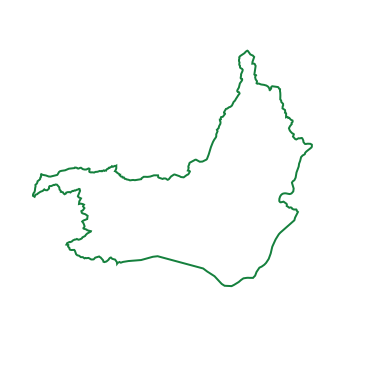 the district of Phoukhoune, Louangphrabang, Laos, rotated 233°
{"feature_id": "54806243B44028844681141", "entity_name": "Phoukhoune", "entity_type": "district", "adm_level": 2, "iso_a3": "LAO", "parent_name": "Laos", "parent_adm1": "Louangphrabang", "projection": "equal_earth", "projection_center": [102.694, 19.508], "detail": "fine", "context": "isolated", "style": "outline", "palette": "green", "viewbox_px": 384, "rotation_deg": 233, "n_neighbors": 0, "source": "geoboundaries", "source_scale": "gbopen_adm2", "svg_char_len": 5995}
<svg xmlns="http://www.w3.org/2000/svg" viewBox="0 0 384 384"><g transform="rotate(233 192 192)"><path d="M157.7,316.2L159.3,315.5L161.2,313.1L161.8,311.8L162.6,311.1L164.9,311.1L166.2,311.9L168.6,312.4L169.3,311.9L169.9,310.5L170.8,309.4L171.2,306.9L172.1,306.3L175.5,306.0L176.7,308.0L177.2,308.1L178.5,307.4L180.6,307.1L182.3,307.1L184.6,307.8L185.6,309.9L186.2,312.5L187.1,312.9L187.3,313.3L187.3,314.0L187.6,314.7L188.6,315.3L190.4,314.4L192.7,314.3L193.2,313.4L194.2,313.6L194.8,313.1L195.1,312.1L198.0,314.4L198.5,314.5L199.4,314.0L200.3,315.0L201.6,315.6L204.3,314.6L205.9,316.0L206.1,316.7L207.6,317.8L210.2,317.5L211.5,318.3L212.8,318.2L216.1,320.8L218.1,322.2L219.8,323.1L221.1,324.2L222.3,323.7L223.2,324.0L224.1,323.8L228.2,319.7L228.2,318.7L227.9,318.1L227.1,317.6L226.7,316.6L226.5,315.5L226.9,315.4L227.6,316.0L230.2,316.2L232.2,315.5L234.2,314.0L236.3,311.9L238.4,310.6L239.1,309.4L239.9,309.0L241.4,310.6L243.6,310.6L245.7,311.5L246.5,312.6L246.7,313.4L246.9,313.4L247.5,312.6L248.3,312.5L254.4,318.7L256.6,319.1L257.4,318.6L258.2,317.4L259.5,318.6L262.4,322.9L264.4,322.7L266.7,321.4L271.0,321.5L271.6,321.2L271.7,319.4L271.3,317.4L271.6,312.4L271.2,310.8L270.4,310.5L269.4,309.2L268.4,308.4L266.7,307.8L265.8,306.8L265.1,306.3L264.0,306.3L262.9,305.5L261.9,305.3L260.1,306.1L259.0,306.0L258.2,305.1L256.5,302.0L255.8,301.6L253.8,299.5L253.1,299.3L252.3,300.0L251.9,299.9L251.3,299.5L250.8,298.5L249.9,295.6L247.2,292.3L246.2,289.9L245.5,288.9L244.3,288.8L243.7,289.4L243.1,289.6L242.1,289.3L241.9,289.0L241.5,287.4L239.9,283.1L239.1,281.3L238.9,279.5L237.0,275.9L236.9,274.0L237.4,272.5L237.4,270.4L237.9,269.1L236.4,265.5L235.9,265.2L234.9,265.6L234.5,265.4L233.6,262.2L233.6,261.7L234.3,260.3L233.6,259.3L232.6,258.8L232.6,258.0L232.9,257.7L232.1,257.2L230.7,256.9L229.4,255.7L228.2,253.1L227.0,251.8L227.0,250.6L226.5,250.1L226.6,249.3L225.1,248.9L223.5,246.1L221.9,244.9L221.3,244.0L220.4,241.2L219.3,238.8L216.5,234.2L211.9,227.9L209.4,223.9L209.2,223.0L210.0,218.7L211.5,216.4L215.3,214.7L215.8,214.0L216.7,208.1L216.5,207.1L215.8,206.5L214.8,204.7L214.2,204.1L213.5,204.0L212.0,202.4L211.6,201.6L210.2,202.7L209.6,202.6L208.5,200.2L208.4,199.2L208.7,198.0L208.7,194.2L210.6,192.2L212.2,191.5L216.4,188.7L216.8,187.9L217.0,184.5L216.2,181.4L216.2,180.5L216.5,179.8L218.6,179.1L219.8,177.7L220.1,176.4L223.5,174.1L224.1,173.9L225.7,174.9L228.2,171.7L229.5,167.9L230.7,165.8L233.2,162.6L233.3,160.0L232.8,159.2L235.8,153.5L237.1,152.2L238.6,149.5L239.8,148.8L241.5,147.3L242.3,147.0L243.1,146.2L244.5,146.4L245.3,145.3L246.1,145.6L247.1,144.6L248.8,144.4L249.1,144.9L249.5,144.4L250.3,144.6L252.3,143.8L253.1,143.8L253.5,143.5L254.6,143.5L255.0,143.1L255.8,144.8L256.5,145.8L258.5,147.3L258.5,146.9L259.2,146.3L259.8,143.9L260.8,143.6L260.6,142.6L261.0,141.4L260.8,140.6L261.4,140.1L261.1,138.9L261.4,138.2L261.2,136.8L260.8,136.3L261.4,135.7L261.6,134.8L262.2,134.7L262.5,134.3L262.6,132.9L263.2,132.5L263.2,132.0L264.3,131.0L265.0,128.8L266.2,126.9L266.4,125.6L268.0,123.9L268.4,123.1L269.6,122.2L270.4,122.4L272.0,124.1L272.9,123.8L273.1,123.4L273.6,121.1L274.5,119.8L275.9,118.6L278.2,117.9L278.6,117.2L279.0,115.5L279.8,114.7L280.3,114.7L281.1,114.2L282.0,113.2L281.8,112.6L284.7,107.7L285.7,103.7L287.4,100.6L288.0,99.1L288.0,97.8L286.8,95.0L286.8,94.5L289.5,88.2L290.6,86.9L293.1,85.3L296.2,82.5L296.8,82.5L297.3,83.2L296.8,82.0L296.4,82.0L295.5,80.7L295.0,80.6L294.5,79.1L293.8,78.6L293.6,77.8L293.5,75.1L292.6,74.1L292.1,73.1L291.9,71.2L290.7,70.5L289.6,69.2L287.7,67.4L286.8,66.2L286.4,64.8L285.7,63.6L284.7,62.7L282.9,63.4L284.0,65.4L283.4,67.2L283.6,68.0L283.4,71.1L282.7,73.4L283.0,75.6L281.9,75.9L281.4,76.4L280.6,77.3L280.6,78.4L280.8,79.9L282.0,80.8L282.4,81.8L281.4,83.3L280.9,85.8L280.3,86.4L280.2,87.4L279.2,88.5L278.7,88.6L275.7,88.8L273.6,87.7L272.0,87.9L271.1,87.3L269.6,88.7L268.0,88.6L266.9,88.9L266.7,90.4L267.2,91.1L266.8,92.4L265.7,94.1L264.8,94.6L264.9,95.7L264.7,97.3L264.1,98.0L264.0,99.1L263.4,99.7L263.0,101.7L262.6,102.2L262.5,103.6L262.0,104.0L260.3,103.3L257.3,98.3L256.0,98.3L253.7,99.5L252.4,96.4L250.4,94.5L249.7,96.1L248.1,97.5L246.9,98.1L246.6,97.1L246.1,96.3L243.9,96.4L243.1,94.0L243.3,92.1L241.8,91.5L240.9,91.7L238.5,93.4L235.8,94.3L233.5,92.0L234.5,88.3L234.6,87.2L234.5,86.5L232.2,86.5L229.3,85.6L228.7,84.6L228.5,83.5L228.0,83.4L225.4,85.2L224.5,85.3L221.5,87.7L221.3,87.4L221.9,83.4L221.7,81.6L221.2,80.1L221.7,77.2L221.3,76.3L221.3,75.6L221.7,73.7L222.3,72.5L223.8,71.8L224.0,70.5L224.6,69.7L225.0,67.6L224.8,66.2L225.3,64.5L225.8,64.1L226.3,61.5L226.2,61.3L225.9,61.4L225.5,60.1L224.1,61.3L223.0,60.2L221.0,60.4L220.6,60.0L219.5,59.8L218.4,60.6L216.6,63.1L215.5,63.1L212.0,62.0L210.5,62.3L209.0,63.5L206.9,64.0L205.7,65.6L203.7,66.2L203.4,67.3L202.8,67.7L201.6,69.7L198.8,70.9L197.7,72.3L197.4,73.1L197.8,75.2L196.4,79.0L195.7,79.1L194.8,79.6L190.9,79.9L189.6,79.3L188.7,79.9L188.0,81.9L188.1,84.4L188.7,86.2L188.7,87.2L188.5,87.8L186.6,88.1L184.3,89.9L181.2,89.8L179.8,89.0L180.1,89.9L179.7,92.0L178.4,92.6L177.7,94.8L175.1,99.7L168.3,110.4L163.8,121.8L161.4,125.9L124.2,154.9L119.3,156.3L111.2,159.3L100.7,160.4L97.5,161.6L93.0,167.0L92.5,169.9L92.0,175.1L92.2,178.4L92.1,181.1L90.3,184.4L86.7,189.0L87.2,192.1L89.3,195.4L91.0,200.3L90.5,202.7L90.4,206.0L90.8,208.5L92.4,213.0L95.5,217.8L100.0,223.2L103.8,230.2L106.0,235.9L106.4,238.1L107.8,256.7L109.5,258.9L112.3,264.6L113.9,264.4L115.0,264.8L115.4,264.7L116.1,263.6L117.1,262.5L118.5,261.9L119.4,262.1L120.0,261.8L120.5,261.3L120.8,260.3L121.1,260.1L122.7,259.7L123.8,259.2L124.9,260.2L125.7,260.4L129.2,259.3L130.3,256.7L130.8,256.3L131.6,256.2L132.3,256.3L134.0,257.7L135.4,259.7L136.0,261.4L136.1,262.6L135.9,263.8L135.3,265.0L134.5,266.1L131.7,268.6L131.2,269.6L131.0,270.7L131.5,273.2L133.6,275.3L139.3,277.4L139.9,278.9L139.8,280.8L141.1,283.4L144.7,287.2L148.1,292.5L150.2,294.6L151.7,297.0L154.2,300.1L154.6,302.4L154.3,304.6L154.4,305.0L155.1,305.8L155.5,307.5L155.7,314.3L156.3,315.2L157.7,316.2Z" fill="none" stroke="#15803d" stroke-width="2"/></g></svg>